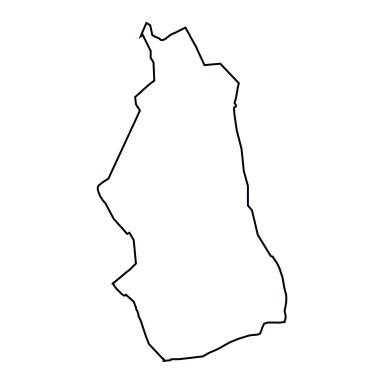 Ar Rahad, North Kordufan, Sudan
{"feature_id": "16777658B34397203362025", "entity_name": "Ar Rahad", "entity_type": "district", "adm_level": 2, "iso_a3": "SDN", "parent_name": "Sudan", "parent_adm1": "North Kordufan", "projection": "robinson", "projection_center": [30.672, 12.815], "detail": "fine", "context": "isolated", "style": "outline", "palette": "ink", "viewbox_px": 384, "rotation_deg": 0, "n_neighbors": 0, "source": "geoboundaries", "source_scale": "gbopen_adm2", "svg_char_len": 2845}
<svg xmlns="http://www.w3.org/2000/svg" viewBox="0 0 384 384"><path d="M272.8,256.7L272.7,256.7L270.7,256.0L268.5,252.4L257.8,234.9L252.0,210.4L248.0,205.6L247.9,205.5L247.9,185.7L243.8,171.2L243.7,170.0L243.7,169.9L241.5,148.7L236.9,131.0L236.9,130.9L236.7,129.9L234.5,114.9L233.9,108.3L234.4,107.2L235.6,106.9L236.0,105.7L235.5,104.5L234.5,102.9L235.8,98.8L237.3,90.9L237.7,87.9L238.8,83.2L220.3,63.7L204.5,65.1L203.6,63.3L195.8,46.3L194.7,44.4L194.6,44.2L190.0,36.0L190.0,35.8L185.4,27.6L185.2,27.7L175.5,32.6L171.5,34.3L169.0,36.0L165.3,39.0L163.0,40.0L161.2,40.0L160.8,39.8L158.7,38.2L155.7,37.0L153.1,35.6L152.3,35.1L150.2,25.2L146.4,23.0L142.8,31.3L140.7,36.4L142.8,35.1L150.7,51.0L150.7,53.7L150.6,57.7L153.5,62.4L154.3,80.6L149.0,84.6L135.1,97.1L136.0,104.4L139.9,110.5L133.3,125.0L132.6,126.4L108.4,178.7L103.5,181.7L99.5,184.8L97.9,186.7L97.8,187.9L97.7,189.1L98.3,191.5L100.0,195.9L102.5,200.0L105.4,203.3L113.7,218.8L127.2,233.9L129.4,232.7L133.7,240.0L135.9,263.3L136.0,263.5L129.8,269.6L126.4,272.2L123.6,274.6L114.9,281.8L113.9,282.7L113.7,282.6L113.2,283.1L113.4,283.2L112.9,283.6L112.7,283.8L113.2,284.2L113.6,284.7L115.3,287.3L117.0,289.3L122.3,294.5L124.0,295.6L124.9,295.1L124.5,294.8L124.5,294.7L124.5,294.8L124.9,295.0L125.4,295.3L126.1,294.8L127.4,296.0L131.2,299.4L132.5,300.5L133.8,301.8L135.5,306.3L135.7,306.8L136.0,307.7L136.1,307.9L136.1,308.6L136.1,309.0L137.2,310.9L137.3,311.2L138.2,313.5L138.6,316.2L141.0,321.3L142.1,324.8L143.8,329.9L145.9,336.2L147.2,339.6L147.3,339.8L147.8,341.0L148.7,343.7L149.1,344.1L149.5,344.6L152.2,347.5L152.8,348.1L153.5,348.9L154.3,349.7L155.2,350.6L155.7,351.2L156.8,352.4L157.1,352.7L157.6,353.3L157.9,353.5L158.7,354.4L160.1,355.9L160.9,356.8L161.2,357.0L161.4,357.3L162.6,358.6L162.8,358.8L163.2,358.7L163.4,359.0L163.5,359.1L163.8,359.4L163.7,359.7L163.7,359.8L163.7,360.0L163.7,360.3L163.6,360.7L163.6,361.0L165.6,360.7L167.3,360.5L167.5,360.5L168.7,360.4L168.9,360.4L169.2,360.3L169.8,360.3L170.2,360.2L170.5,360.2L171.1,359.4L171.2,359.2L179.0,359.2L201.1,356.6L202.8,356.4L209.2,352.8L212.7,351.3L214.1,350.7L218.0,349.0L224.7,345.2L229.3,342.6L238.1,338.9L246.2,336.4L250.0,335.3L257.8,334.6L260.2,333.4L260.5,332.6L261.1,331.1L262.3,327.6L263.3,325.4L264.1,323.7L264.7,323.5L268.1,322.5L269.8,322.5L277.7,322.6L278.2,322.6L279.6,322.6L284.1,322.1L284.7,322.0L284.7,320.7L285.3,319.4L285.5,318.9L285.6,318.6L285.6,317.2L285.6,316.8L285.6,315.9L285.6,315.6L285.5,315.1L285.0,313.1L284.6,311.1L284.7,310.1L284.9,309.2L285.2,307.8L285.3,307.4L285.5,306.3L285.6,305.8L286.2,302.4L286.2,300.5L286.3,300.1L286.3,297.0L286.2,295.2L285.7,293.2L285.1,291.0L284.8,289.7L284.4,288.3L284.3,288.0L283.8,284.7L282.5,277.4L280.8,272.3L279.6,268.7L278.3,265.9L277.4,264.0L276.7,262.7L275.5,260.9L273.8,258.5L273.1,257.3L272.8,256.7Z" fill="none" stroke="#020617" stroke-width="2"/></svg>